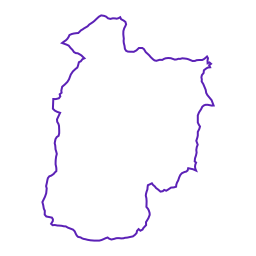 Lençóis Paulista, São Paulo, Brazil
{"feature_id": "56859067B81397849661237", "entity_name": "Lençóis Paulista", "entity_type": "district", "adm_level": 2, "iso_a3": "BRA", "parent_name": "Brazil", "parent_adm1": "São Paulo", "projection": "orthographic", "projection_center": [-48.82, -22.668], "detail": "fine", "context": "isolated", "style": "outline", "palette": "violet", "viewbox_px": 256, "rotation_deg": 0, "n_neighbors": 0, "source": "geoboundaries", "source_scale": "gbopen_adm2", "svg_char_len": 3537}
<svg xmlns="http://www.w3.org/2000/svg" viewBox="0 0 256 256"><path d="M62.1,43.0L64.6,43.9L66.5,44.6L68.7,45.6L70.7,48.1L72.4,49.8L74.0,52.1L75.8,53.1L77.8,53.3L79.6,54.3L81.4,55.4L82.8,56.8L84.4,58.3L82.4,59.2L80.8,61.3L78.9,62.2L78.0,65.7L77.3,67.6L75.8,68.7L72.9,71.4L70.8,74.5L69.0,79.3L67.3,82.0L64.8,84.5L62.2,86.7L61.8,88.4L61.3,90.7L61.6,92.7L59.7,94.3L60.3,96.4L58.9,98.3L55.7,99.1L53.3,99.0L52.9,108.7L54.8,110.6L57.3,111.9L60.1,112.8L57.0,119.4L57.2,121.8L58.4,123.8L59.0,125.8L59.2,130.3L59.2,133.2L58.6,135.8L56.7,137.1L55.5,139.1L55.1,141.0L54.7,143.2L55.2,145.3L55.4,147.3L55.5,149.2L56.2,151.5L56.8,153.9L56.1,156.7L55.7,159.9L55.6,162.2L55.6,164.4L56.2,167.2L56.4,169.2L56.3,171.2L54.9,172.4L53.7,173.9L51.3,175.6L49.3,176.3L47.9,178.1L47.4,180.0L46.9,182.7L46.1,186.1L46.7,188.4L46.2,193.3L45.0,196.7L42.4,202.1L43.2,205.1L43.8,208.6L44.8,210.8L44.7,214.6L46.3,216.5L49.5,217.1L51.9,217.6L52.9,219.3L52.8,221.1L51.1,223.8L52.6,225.2L54.8,225.0L57.4,225.5L59.6,225.6L61.7,225.8L63.9,226.3L65.8,226.4L67.8,227.6L70.4,228.6L73.0,229.6L74.7,231.3L75.8,233.8L76.8,235.6L78.1,236.9L80.6,237.4L82.0,238.3L83.6,238.9L85.3,239.2L87.6,239.8L90.5,240.3L94.3,240.6L97.3,240.6L99.3,240.6L101.6,240.0L103.9,239.0L105.6,238.2L107.6,237.5L109.2,238.7L111.4,239.5L114.1,238.9L116.3,238.2L118.8,238.1L121.2,238.4L123.3,238.3L125.0,237.8L127.3,237.6L130.0,237.0L132.9,236.4L135.0,234.8L136.6,233.0L137.0,230.9L138.6,229.1L140.4,230.7L142.5,229.6L143.4,228.0L144.6,226.7L146.1,225.1L146.0,222.1L147.1,220.4L148.4,218.2L149.7,214.9L149.6,213.0L148.9,210.7L148.1,209.0L146.4,206.9L146.5,205.0L146.6,201.1L146.4,198.2L145.8,195.7L146.0,193.9L146.6,191.6L147.4,189.4L147.6,187.0L147.9,185.2L149.7,184.4L151.9,183.3L152.9,184.8L154.9,186.5L156.0,188.0L158.2,189.6L160.5,191.6L162.8,191.2L164.2,189.9L166.2,190.7L167.6,189.9L169.4,188.7L171.0,187.6L173.8,187.4L176.1,186.7L176.3,184.7L177.0,182.6L178.2,180.4L179.2,177.4L180.3,175.0L181.9,173.2L184.5,172.0L186.2,171.6L187.6,170.5L188.2,168.2L192.9,169.2L196.1,170.6L195.3,168.6L195.0,166.6L195.3,164.6L196.1,162.6L194.7,161.4L195.0,158.4L196.0,155.4L196.6,152.6L196.3,149.9L196.8,147.0L197.7,144.7L196.3,140.8L197.4,137.4L197.8,135.5L197.8,131.9L199.3,128.9L200.0,126.5L198.9,124.8L197.8,122.5L197.8,119.5L197.8,115.4L199.0,112.4L201.1,109.2L202.3,106.7L204.1,105.3L205.6,104.8L207.8,104.8L211.8,105.6L213.6,105.5L211.6,100.2L210.3,98.6L207.4,95.1L206.2,92.9L205.7,89.9L204.8,87.7L203.3,84.1L201.7,81.5L201.8,79.3L201.4,77.3L201.9,75.1L203.6,73.0L203.9,70.3L205.9,68.7L207.7,67.6L210.1,67.3L209.1,65.2L211.0,63.8L209.4,62.4L207.6,63.2L207.5,60.6L208.0,58.2L207.0,56.5L205.6,57.8L203.8,59.2L202.2,60.0L199.2,60.0L196.6,60.2L195.0,60.9L192.6,61.0L188.5,59.3L186.8,58.8L184.5,58.5L182.3,58.3L180.1,58.9L178.4,58.8L176.6,59.4L174.8,59.6L170.8,58.2L168.2,58.0L165.6,58.3L164.0,58.9L162.3,59.9L159.6,59.8L156.4,60.8L154.5,60.4L152.9,59.2L150.7,57.1L149.2,55.3L147.6,53.8L145.8,52.2L143.9,49.1L142.3,48.0L138.9,48.0L136.4,50.4L133.8,51.8L129.7,51.7L127.9,51.6L126.1,50.8L124.9,48.8L124.5,45.8L123.8,43.0L123.6,40.9L123.8,38.7L123.5,36.2L123.3,34.1L123.4,31.0L124.2,28.3L125.3,26.2L126.1,24.3L125.4,21.9L123.7,20.6L121.1,19.2L120.2,17.2L118.5,18.2L116.7,18.7L115.1,18.4L112.8,18.3L110.4,18.9L108.0,18.3L106.2,16.7L104.3,15.9L101.2,15.4L98.9,16.7L96.5,18.9L94.2,21.1L92.8,22.2L90.7,23.6L89.3,24.5L87.6,26.3L84.0,28.4L82.6,29.4L81.0,30.3L79.7,31.6L78.3,33.0L76.1,33.2L73.9,33.5L71.8,34.0L69.5,35.0L68.4,37.3L67.3,38.9L65.9,40.3L63.8,41.7L62.1,43.0Z" fill="none" stroke="#5b21b6" stroke-width="2"/></svg>